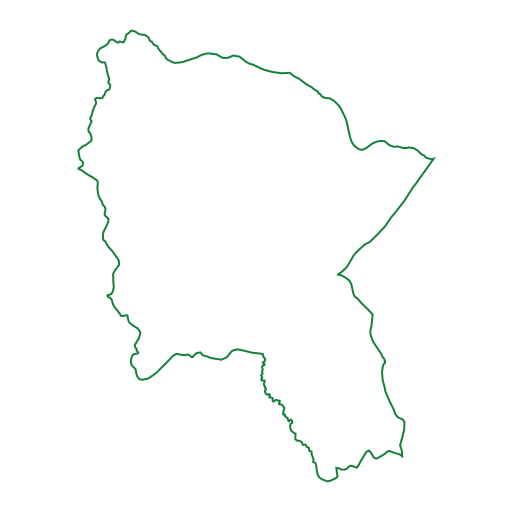 Ra-Ngae, Narathiwat, Thailand
{"feature_id": "78962969B92165576967396", "entity_name": "Ra-Ngae", "entity_type": "district", "adm_level": 2, "iso_a3": "THA", "parent_name": "Thailand", "parent_adm1": "Narathiwat", "projection": "robinson", "projection_center": [101.702, 6.243], "detail": "fine", "context": "isolated", "style": "outline", "palette": "green", "viewbox_px": 512, "rotation_deg": 0, "n_neighbors": 0, "source": "geoboundaries", "source_scale": "gbopen_adm2", "svg_char_len": 5969}
<svg xmlns="http://www.w3.org/2000/svg" viewBox="0 0 512 512"><path d="M402.1,456.2L401.9,452.2L401.4,448.9L400.1,445.8L400.8,442.4L402.3,437.3L404.2,429.4L404.4,421.8L402.7,419.5L397.7,417.2L395.1,413.8L393.4,408.7L389.9,402.0L385.5,391.7L384.4,386.5L382.7,380.3L382.0,371.8L383.0,365.4L384.0,363.8L385.0,362.9L385.0,361.3L384.2,358.9L382.4,356.7L381.2,353.8L374.2,343.4L372.4,340.1L370.7,335.0L370.2,332.2L370.6,329.5L371.5,325.8L372.5,316.3L372.5,314.3L367.6,309.1L361.6,303.3L357.4,298.5L354.9,296.8L353.3,293.3L351.3,284.0L349.2,280.4L345.5,277.6L341.2,275.3L338.0,274.6L338.6,273.9L341.4,272.2L346.3,267.7L350.0,261.8L354.0,254.8L358.8,249.9L364.8,244.5L369.7,242.0L377.6,234.3L385.2,226.2L391.0,217.6L395.5,212.2L404.5,200.6L413.2,186.9L415.0,184.9L433.6,158.8L431.9,159.3L426.8,158.0L425.4,157.2L424.3,155.6L422.3,154.7L420.5,153.5L417.6,150.5L414.8,148.8L413.0,148.0L409.0,147.5L406.1,148.0L404.2,148.0L402.2,147.9L399.2,146.8L397.3,146.5L395.6,146.8L393.6,146.6L391.0,145.9L388.5,144.5L385.7,142.0L384.1,141.2L381.6,140.9L378.9,141.1L373.7,142.8L370.7,144.7L366.2,148.1L363.0,149.6L361.0,149.8L358.7,149.1L354.3,145.8L352.2,142.9L350.7,139.3L348.8,131.9L346.8,122.2L345.9,119.3L343.8,114.6L340.9,108.7L339.2,106.2L337.6,104.3L334.0,100.8L329.9,98.4L326.5,98.1L323.7,97.5L321.5,96.1L320.7,94.7L320.0,93.9L319.2,93.9L318.4,93.2L317.8,91.5L313.9,89.2L311.6,87.2L306.6,84.4L298.7,78.5L295.7,77.2L291.9,74.7L290.1,73.0L288.4,72.8L282.1,73.3L279.5,73.0L272.0,71.9L265.5,70.2L261.4,68.7L253.4,64.8L249.2,63.6L246.0,61.8L243.4,59.6L241.9,58.7L240.4,57.2L238.7,56.4L237.0,56.3L234.0,55.5L232.5,55.8L229.4,57.3L226.4,58.0L222.5,57.8L216.6,54.4L210.7,53.6L208.1,53.4L205.7,53.7L201.4,55.0L197.1,57.3L183.0,61.9L179.9,62.5L174.9,62.9L172.4,62.2L167.6,59.7L166.1,58.4L164.8,55.6L162.1,53.5L160.9,51.6L159.5,50.2L158.4,48.7L157.0,46.0L154.4,45.0L153.2,44.1L151.8,41.6L150.8,41.4L149.7,40.5L148.7,37.8L146.9,36.2L144.4,34.7L143.4,34.8L139.3,34.2L134.9,31.4L133.1,30.8L131.4,30.7L130.4,31.3L129.3,32.7L126.3,34.7L125.4,38.6L123.8,42.2L123.0,42.4L119.7,41.5L118.2,42.6L117.0,42.4L113.6,39.9L112.0,39.6L110.6,39.8L109.5,40.6L108.2,43.1L107.0,44.5L103.9,46.5L99.9,48.6L98.4,50.8L97.2,53.0L97.0,55.1L97.4,57.0L98.5,60.4L101.6,62.4L104.5,62.4L105.1,62.6L106.2,66.9L107.5,73.6L109.1,78.4L109.2,79.9L108.5,81.4L108.3,82.5L108.6,83.3L110.2,84.6L110.1,86.9L109.3,89.5L108.0,89.8L106.7,90.7L105.5,92.0L104.4,95.0L103.3,96.1L102.4,97.9L100.7,98.3L96.9,97.9L95.6,98.5L95.0,99.1L96.1,102.3L96.1,103.6L93.9,107.7L92.6,111.4L91.7,115.6L90.6,117.1L90.2,118.4L90.7,119.9L91.6,121.5L88.6,127.9L88.3,129.6L88.8,131.7L90.5,133.9L91.4,136.8L91.7,139.1L91.2,140.8L85.7,145.1L83.1,146.0L78.6,150.0L78.5,151.8L79.6,157.9L80.2,159.5L81.8,160.9L83.0,162.3L82.9,164.7L82.1,166.0L78.4,168.4L78.6,168.9L82.3,170.7L85.1,172.8L88.8,175.2L93.4,177.8L97.2,180.6L97.8,182.4L97.4,187.8L97.7,191.1L98.2,194.4L98.6,195.8L100.0,198.9L101.5,200.9L103.1,205.1L104.6,206.6L105.4,208.4L105.3,211.0L104.6,213.1L104.8,215.3L106.7,217.3L108.1,218.4L108.5,219.3L108.1,222.1L107.3,224.3L103.8,231.3L103.1,233.4L103.0,238.6L103.3,239.9L105.4,241.6L106.7,244.2L108.2,246.6L112.6,251.5L118.6,260.1L119.1,263.1L119.1,264.9L114.9,270.4L113.3,273.4L113.1,274.5L113.3,277.1L113.2,280.0L113.8,287.7L112.7,291.6L111.5,293.7L109.4,294.8L107.5,295.3L107.8,296.7L110.4,298.1L111.8,300.0L113.2,304.9L115.0,307.6L119.3,313.0L120.8,315.5L122.0,316.0L123.2,316.0L126.2,315.2L127.1,315.3L127.7,316.2L127.7,317.9L128.8,321.4L129.7,323.0L134.6,326.6L137.9,328.5L139.6,331.1L140.3,332.6L140.0,334.7L138.9,338.1L134.9,344.9L134.7,345.5L135.0,346.9L135.5,347.8L136.6,348.9L136.6,350.6L138.1,352.3L138.2,353.0L136.7,353.7L135.3,353.8L133.5,354.3L132.0,356.4L131.2,358.6L130.8,362.1L131.5,364.6L132.5,366.0L135.4,369.1L136.0,371.3L136.5,374.3L137.5,376.9L138.9,378.7L140.4,379.5L142.6,379.8L148.7,378.3L156.3,372.9L169.5,359.6L172.6,356.2L175.5,354.3L177.3,353.9L181.8,355.0L184.6,355.2L187.2,354.6L188.0,354.6L190.0,355.6L191.6,357.0L192.8,357.0L193.7,355.6L196.6,353.1L200.3,352.4L202.3,354.8L205.0,356.1L207.6,356.5L208.9,357.4L213.0,358.4L221.5,359.7L226.0,357.6L227.5,356.5L230.6,352.5L231.7,351.3L233.4,350.3L237.1,349.4L239.8,349.7L252.3,352.7L262.8,353.9L262.9,355.5L263.8,357.4L265.2,358.9L264.9,359.7L264.9,360.9L264.6,361.6L263.3,362.1L262.9,362.7L263.3,363.5L264.1,363.8L264.6,364.6L264.5,364.9L262.9,365.6L262.1,366.6L262.0,367.1L262.7,369.1L262.1,372.3L262.6,373.7L262.3,374.2L261.4,374.9L261.1,375.6L262.3,377.3L262.3,377.7L261.4,378.7L261.3,379.5L261.5,380.2L262.0,380.7L263.6,380.3L264.4,380.5L264.8,381.1L264.1,383.0L263.9,384.4L264.5,386.2L265.3,386.9L265.0,387.4L265.0,387.9L265.9,389.0L265.9,389.6L265.3,390.2L265.0,390.7L265.0,391.8L265.3,392.6L266.1,393.9L267.0,394.6L267.7,394.6L268.9,394.1L269.6,394.4L269.8,395.0L269.3,396.4L269.3,397.2L269.8,397.6L271.7,397.6L272.6,398.0L272.7,398.7L272.6,400.7L273.3,401.5L273.8,401.5L275.3,400.2L276.2,399.8L277.4,400.5L279.6,400.7L279.8,401.0L279.8,401.6L279.0,403.2L279.1,404.1L279.5,404.3L280.8,404.3L282.1,404.8L284.2,407.7L284.4,408.7L283.6,410.3L283.4,412.1L283.0,413.2L283.1,414.1L283.5,414.6L284.6,414.4L285.1,414.8L285.1,415.9L285.3,416.5L285.8,417.0L287.0,417.6L287.6,418.1L288.0,420.2L288.7,421.1L289.1,421.2L289.5,420.9L290.2,419.9L290.6,419.6L291.2,419.8L292.0,420.9L292.2,421.5L292.2,422.8L290.7,423.8L290.4,424.2L290.2,427.9L291.3,430.8L293.4,432.5L295.5,433.8L295.3,439.1L297.1,440.7L299.6,440.8L301.7,442.2L303.0,444.9L305.5,444.6L306.8,446.9L309.0,447.9L309.2,450.8L311.6,451.6L311.6,454.3L313.5,459.3L313.2,462.0L315.4,463.0L316.2,465.8L317.1,472.6L317.9,475.3L319.5,477.6L321.9,479.2L326.9,481.3L330.0,480.9L335.2,478.5L337.5,476.7L336.3,467.9L339.1,468.4L341.4,469.6L344.7,469.6L347.0,468.7L348.8,466.6L351.0,465.7L356.9,467.6L359.0,464.7L360.2,461.9L366.4,451.8L369.0,450.6L371.1,452.8L372.4,455.2L374.2,458.0L376.8,458.6L385.0,453.8L386.9,451.9L389.2,450.8L391.4,451.8L396.5,453.5L399.2,454.1L402.1,456.2Z" fill="none" stroke="#15803d" stroke-width="2"/></svg>